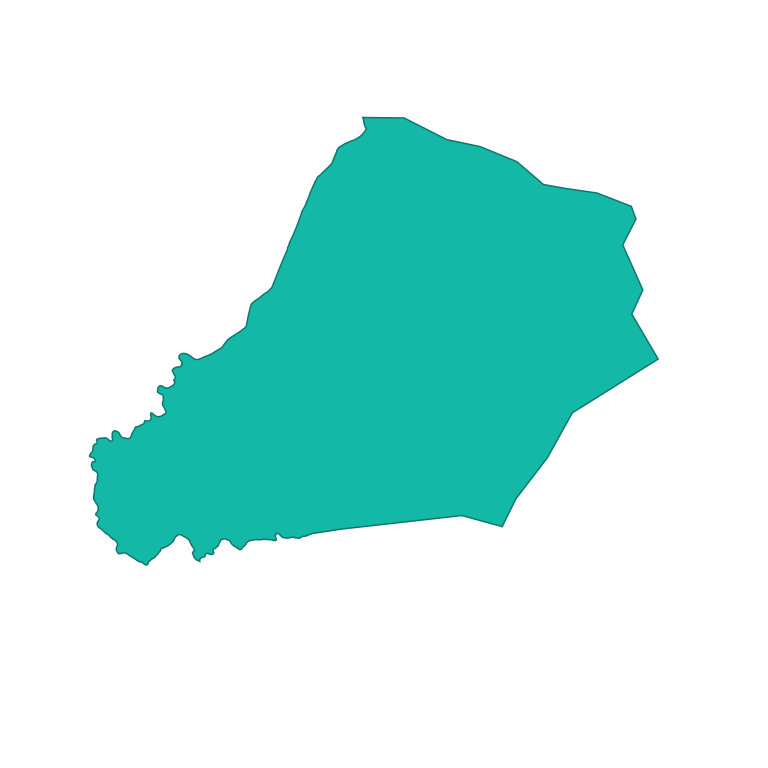 Municipality F, Montevideo, Uruguay (orthographic projection), rotated 204°
{"feature_id": "84410073B77217372217582", "entity_name": "Municipality F", "entity_type": "district", "adm_level": 2, "iso_a3": "URY", "parent_name": "Uruguay", "parent_adm1": "Montevideo", "projection": "orthographic", "projection_center": [-56.051, -34.817], "detail": "fine", "context": "isolated", "style": "filled", "palette": "teal", "viewbox_px": 768, "rotation_deg": 204, "n_neighbors": 0, "source": "geoboundaries", "source_scale": "gbopen_adm2", "svg_char_len": 6171}
<svg xmlns="http://www.w3.org/2000/svg" viewBox="0 0 768 768"><g transform="rotate(204 384 384)"><path d="M511.9,618.8L510.5,617.5L509.0,615.0L507.0,612.5L504.6,610.3L504.2,609.7L504.0,609.1L504.1,607.5L505.4,602.8L506.9,599.6L507.3,599.0L510.5,594.7L512.7,592.8L516.4,588.6L517.4,587.7L518.0,586.7L518.8,585.8L519.7,583.9L520.2,583.6L521.0,582.6L521.2,582.1L521.9,580.0L522.0,578.5L521.7,576.0L521.6,569.9L521.3,565.4L521.4,564.2L522.2,561.7L522.8,560.4L523.4,558.5L524.3,556.7L525.8,552.8L526.1,552.5L526.8,550.1L528.9,545.9L529.0,541.7L529.3,541.3L529.4,540.9L529.1,540.2L529.2,539.3L529.3,533.9L529.1,531.7L529.3,530.2L529.2,529.0L529.2,528.0L528.9,526.5L528.7,519.5L528.8,518.4L528.5,514.8L529.1,508.5L528.9,505.8L528.6,504.4L527.8,491.9L527.6,483.1L527.8,477.9L527.7,473.8L527.2,471.2L527.6,469.8L527.1,468.6L526.9,465.4L526.8,454.8L525.7,426.6L527.3,422.0L528.0,420.6L529.9,418.0L533.3,411.2L535.6,407.5L537.6,403.6L537.5,400.7L535.5,390.0L533.6,381.9L533.5,381.0L533.6,379.6L534.1,378.4L536.7,373.7L538.0,371.6L539.5,369.6L540.0,368.5L542.6,364.7L544.8,360.9L544.9,359.9L545.5,358.3L546.7,352.4L547.3,350.8L551.3,345.1L553.4,341.8L556.5,338.3L557.1,337.8L557.4,337.3L558.6,336.4L561.9,332.6L564.1,330.6L565.7,329.9L566.6,329.8L568.4,329.8L573.2,331.1L576.0,331.2L578.0,331.0L579.1,330.6L580.9,329.7L582.1,328.0L582.5,327.0L582.6,326.4L582.5,325.7L581.6,324.0L577.9,322.1L576.8,320.3L576.9,320.0L576.6,319.7L576.7,319.2L576.6,318.6L576.8,318.3L576.9,317.3L577.2,316.8L577.7,316.3L579.0,315.9L580.0,315.3L581.7,313.7L582.7,312.3L582.9,311.4L582.8,310.1L580.9,308.5L580.6,307.9L579.9,307.6L577.7,306.0L577.2,305.0L577.1,303.1L577.1,302.8L577.6,302.5L577.5,301.7L575.7,300.7L575.6,299.7L575.8,298.4L576.6,296.2L578.3,294.2L578.8,293.1L580.3,292.2L581.6,291.6L583.1,291.4L584.7,291.8L585.8,291.7L586.1,291.9L587.9,291.3L588.6,290.3L588.9,289.3L588.8,288.0L588.2,285.6L587.4,284.5L586.0,284.1L581.6,284.0L580.8,283.1L578.9,279.4L579.0,278.0L578.5,276.3L577.9,275.0L577.1,274.3L574.8,272.8L573.2,271.1L572.1,270.4L571.7,269.9L571.5,269.2L571.7,268.3L573.1,265.9L573.3,266.0L573.6,265.2L574.4,263.9L575.0,263.7L575.5,263.1L576.0,262.9L577.2,262.1L579.7,261.9L581.5,262.4L582.2,262.3L583.5,263.0L584.4,263.1L585.1,262.8L585.2,262.3L584.9,261.6L584.9,261.4L584.6,261.1L584.5,260.4L584.1,260.0L583.8,260.0L583.5,259.6L582.9,258.1L582.7,256.9L583.1,254.9L583.7,254.4L584.9,254.2L586.1,253.6L586.3,253.4L587.1,253.5L587.5,253.3L587.5,252.1L587.3,250.4L587.7,249.5L589.6,247.4L590.8,245.5L593.1,243.9L593.5,243.4L593.6,242.6L593.4,240.8L594.1,236.1L593.7,232.3L594.3,230.9L595.6,230.0L596.4,229.7L599.5,229.1L600.5,228.7L601.9,228.7L602.4,228.9L603.3,229.7L604.7,230.3L605.5,230.8L606.2,231.6L606.9,231.8L608.5,232.1L610.3,232.0L610.8,231.9L611.6,231.2L611.8,230.8L612.3,229.5L612.3,229.0L610.7,224.7L609.7,223.7L609.3,222.0L609.5,221.0L609.8,220.7L610.8,220.6L612.8,220.9L614.1,221.4L614.7,221.4L615.7,221.7L616.2,221.6L620.7,219.3L622.9,217.8L623.8,216.7L623.9,216.2L623.7,215.7L622.4,214.4L622.2,214.0L622.1,213.4L622.6,212.4L623.8,211.3L624.3,210.1L624.3,208.5L623.2,205.4L623.0,204.7L623.1,203.2L623.9,200.2L623.8,198.6L623.6,198.2L623.1,198.0L622.6,198.0L620.4,198.4L618.7,198.2L617.6,197.7L616.8,196.7L616.5,195.7L616.7,195.3L617.2,194.9L618.2,194.7L618.5,194.4L618.7,193.9L618.7,192.5L618.3,190.6L616.6,189.0L615.3,187.6L614.9,187.3L611.3,187.0L609.9,186.3L609.4,185.9L609.0,185.3L608.7,184.7L607.2,180.3L606.7,179.4L606.5,178.8L606.4,177.3L606.5,175.7L606.9,174.2L606.3,172.8L606.0,171.0L605.3,169.3L604.4,166.8L603.6,163.1L603.2,162.3L602.7,161.6L602.4,160.8L598.5,158.0L596.8,157.0L595.9,156.3L594.6,154.4L594.1,153.4L593.8,150.6L594.4,149.1L594.5,148.3L594.3,147.7L593.6,147.0L592.9,147.1L590.1,146.2L589.1,144.7L589.6,141.7L589.4,140.2L588.6,138.6L587.8,137.9L587.0,137.4L584.6,136.6L583.5,136.6L582.6,136.4L580.9,135.6L577.3,134.4L575.0,134.3L572.6,133.5L571.6,132.8L570.5,132.5L569.5,132.6L568.4,131.9L566.6,132.1L564.2,131.1L562.4,129.7L562.0,129.0L561.8,125.5L561.6,124.5L561.1,123.6L558.2,121.2L557.4,121.1L555.9,121.7L553.1,123.9L551.5,124.5L548.0,124.1L545.2,123.5L542.6,123.4L536.5,122.1L534.7,122.1L533.8,122.8L531.8,122.6L530.4,122.0L529.3,121.9L528.1,121.9L527.1,122.2L526.4,123.5L526.8,125.1L526.7,126.1L526.1,126.9L525.3,128.9L524.7,129.9L524.1,131.0L523.3,131.8L522.7,132.8L522.6,134.0L522.3,135.2L521.7,135.8L521.2,138.5L520.4,140.4L520.7,142.1L520.3,143.4L520.1,143.7L519.2,144.1L518.0,145.7L516.4,147.2L515.0,149.3L513.8,151.6L512.5,154.7L512.4,156.3L512.5,158.0L512.2,159.6L510.7,162.6L509.2,163.4L507.7,163.7L503.8,163.2L502.0,163.2L500.1,162.7L498.0,161.9L497.3,160.9L494.0,158.3L492.6,157.4L490.9,156.7L489.8,155.6L489.6,153.9L490.1,153.4L490.3,152.0L487.6,149.0L486.4,148.1L485.1,147.5L483.5,147.0L482.3,146.9L481.2,147.1L480.1,147.0L480.8,148.3L481.0,149.0L480.6,150.1L479.3,152.2L477.5,153.3L477.4,154.0L477.9,155.3L477.9,156.0L477.1,156.9L475.8,157.7L473.6,157.7L472.6,157.9L471.6,158.5L471.0,159.1L470.9,159.9L470.9,160.7L471.6,161.2L472.6,162.5L472.8,163.1L472.5,163.9L471.3,165.3L470.8,166.2L470.7,166.8L470.0,167.9L469.7,168.7L469.9,170.9L469.5,173.8L469.7,174.5L469.7,175.4L468.0,176.6L467.6,177.3L466.7,177.8L466.0,178.0L465.4,177.9L462.4,178.1L461.1,177.9L460.1,177.5L459.3,176.6L458.4,176.1L455.0,174.9L452.1,174.7L450.3,174.2L448.8,174.0L448.2,174.1L447.3,174.9L446.9,175.5L446.7,177.1L446.5,177.9L445.9,178.9L445.0,181.2L445.0,182.2L444.8,183.4L444.0,185.1L443.3,185.9L441.6,187.2L439.9,188.5L436.5,190.3L434.6,190.9L433.3,191.6L432.2,192.4L430.8,193.1L427.9,194.4L426.0,194.8L424.5,195.5L422.8,196.0L421.4,196.1L420.1,196.5L419.1,197.2L419.0,198.0L419.6,198.9L420.5,199.7L421.1,200.4L421.5,201.3L421.8,202.7L421.8,203.3L421.2,203.9L419.8,204.3L418.8,204.2L417.5,203.8L415.3,202.8L413.7,202.8L411.8,203.1L410.2,203.6L408.6,204.5L404.9,207.1L404.1,207.3L403.1,207.2L399.0,208.4L396.2,211.8L395.1,212.6L394.0,212.9L388.6,218.3L364.3,233.9L259.4,295.5L218.0,301.8L216.8,332.8L204.7,383.4L200.2,434.3L143.7,518.3L186.1,548.7L185.8,575.2L222.5,608.2L220.9,637.1L230.3,646.9L267.1,645.1L296.9,636.7L319.4,631.1L353.0,641.1L392.5,640.0L426.1,632.8L473.9,635.2L511.9,618.8Z" fill="#14b8a6" stroke="#0f766e" stroke-width="1.5"/></g></svg>